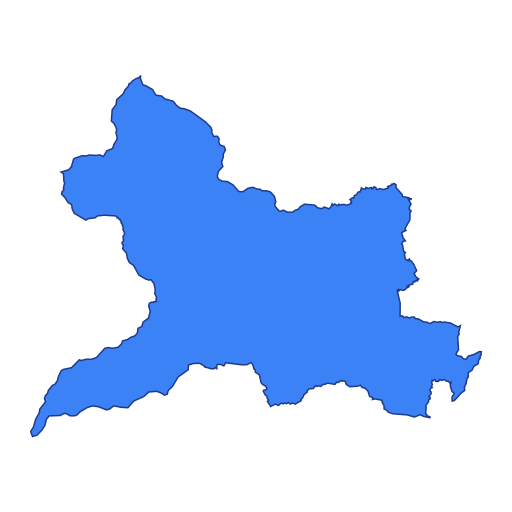 the district of Ibagué, Tolima, Colombia
{"feature_id": "7082276B61216577882817", "entity_name": "Ibagué", "entity_type": "district", "adm_level": 2, "iso_a3": "COL", "parent_name": "Colombia", "parent_adm1": "Tolima", "projection": "mercator", "projection_center": [-75.17, 4.479], "detail": "fine", "context": "isolated", "style": "filled", "palette": "blue", "viewbox_px": 512, "rotation_deg": 0, "n_neighbors": 0, "source": "geoboundaries", "source_scale": "gbopen_adm2", "svg_char_len": 6050}
<svg xmlns="http://www.w3.org/2000/svg" viewBox="0 0 512 512"><path d="M61.1,172.1L63.5,173.7L63.9,181.3L64.6,182.9L63.4,188.3L63.9,190.0L62.2,191.4L61.6,194.2L64.8,197.4L68.0,202.5L71.6,204.6L72.2,208.8L74.2,213.3L85.9,220.1L88.0,218.7L95.4,217.7L97.4,215.9L104.1,215.2L115.5,215.9L116.9,216.7L117.0,217.8L118.2,217.8L118.8,219.1L120.2,219.5L120.4,221.0L121.5,221.6L121.2,223.2L122.6,224.7L122.4,225.9L123.3,227.1L122.9,229.4L124.5,232.8L124.1,235.4L123.0,236.3L123.5,241.2L122.0,242.5L122.3,244.2L123.4,245.1L122.7,248.8L126.4,253.1L127.4,258.5L129.4,262.6L133.5,265.3L138.9,275.1L145.8,279.1L149.2,280.1L151.0,279.7L153.9,283.5L155.0,288.1L155.2,291.9L154.6,293.3L156.6,297.2L156.0,299.4L156.4,301.5L153.6,301.8L153.1,302.5L151.7,302.1L149.3,303.4L148.7,305.8L150.2,311.4L148.5,318.1L143.2,322.0L141.7,326.6L138.0,328.3L137.3,333.1L135.0,335.8L130.6,337.4L127.4,339.6L122.5,340.9L121.7,343.7L118.0,347.3L112.2,348.3L108.1,347.5L104.7,348.4L96.5,357.5L91.5,359.3L86.5,359.2L81.3,360.5L79.3,359.8L71.5,367.7L63.5,369.4L61.3,370.6L58.5,376.3L57.6,380.1L55.3,383.9L52.3,385.5L48.4,390.3L47.5,393.4L45.5,395.5L44.4,398.6L45.6,401.7L39.7,409.3L39.4,412.5L35.5,419.7L33.5,427.0L30.7,431.5L32.5,436.5L37.0,435.2L42.2,429.8L45.0,425.1L46.4,419.3L49.2,415.9L60.1,415.5L63.8,413.6L66.1,413.5L70.2,415.8L74.7,415.8L77.0,414.9L79.9,411.9L87.1,407.6L92.4,405.9L98.3,406.7L106.7,409.9L109.7,409.0L113.8,405.8L120.9,407.3L127.9,407.7L133.8,401.0L144.0,396.4L148.7,392.0L156.7,391.3L161.8,393.3L164.5,395.2L167.2,394.2L168.2,390.6L172.4,386.5L178.2,376.9L188.2,369.7L188.4,365.1L193.3,363.5L199.7,363.3L204.2,365.9L204.5,366.9L211.9,368.9L214.6,368.5L215.4,367.4L216.8,368.6L216.9,364.9L217.7,364.4L220.9,364.5L223.8,365.9L225.8,362.8L241.8,364.8L246.8,364.7L251.3,362.5L253.0,365.1L253.9,368.9L255.2,369.8L255.4,372.3L259.3,374.7L261.0,382.4L262.6,384.5L265.3,385.9L266.8,388.0L266.6,389.5L263.6,390.3L263.2,391.1L265.2,394.9L267.0,396.3L267.1,398.0L268.5,400.1L267.4,401.4L270.7,406.5L275.2,404.1L278.5,405.4L281.2,403.0L282.9,403.9L285.1,403.0L286.4,403.7L288.6,402.6L290.2,404.1L292.6,403.0L295.2,404.1L301.1,400.7L300.9,399.4L302.5,398.0L304.3,394.3L307.1,392.3L307.1,390.9L309.2,388.8L313.4,388.5L315.4,385.7L317.1,386.5L318.3,385.8L320.8,386.4L323.1,384.3L324.9,384.4L327.5,383.1L334.9,384.4L336.6,382.2L338.3,382.5L341.2,380.4L342.3,381.3L343.5,380.8L345.4,381.6L346.3,384.5L349.9,386.7L357.8,386.2L360.3,385.1L362.0,387.4L365.1,388.2L367.9,391.0L369.6,396.3L372.8,397.6L372.4,399.5L375.2,398.9L382.0,400.3L382.0,402.1L384.0,405.6L384.1,408.9L386.4,410.1L388.3,412.2L393.0,413.8L407.1,414.9L414.4,417.0L420.4,414.7L423.3,416.3L429.9,417.7L429.9,416.8L427.9,416.2L425.6,413.4L426.2,407.2L425.7,405.8L428.5,401.7L428.7,399.3L430.2,398.9L429.9,396.9L428.9,396.4L431.2,393.6L430.9,391.6L429.7,390.6L430.6,388.2L432.3,387.6L431.5,386.4L432.4,384.4L431.7,383.1L432.0,380.4L433.0,380.9L434.4,379.5L435.6,380.3L435.7,381.3L438.4,381.5L439.8,379.4L441.3,380.4L444.5,379.6L446.3,381.1L448.5,381.3L449.7,382.9L451.0,382.2L450.2,385.4L450.9,388.2L452.2,391.8L453.7,392.6L454.1,393.7L452.1,396.9L452.1,401.0L454.2,400.7L461.1,393.1L464.7,390.5L464.5,387.1L466.2,383.3L467.0,378.3L468.3,377.1L468.3,372.6L472.0,370.2L473.9,366.2L478.0,363.9L478.8,359.9L480.3,358.0L480.0,356.2L480.9,355.6L481.3,351.7L479.6,351.5L474.1,354.4L468.5,356.0L465.7,359.5L463.1,358.6L461.5,356.5L457.2,355.6L455.9,354.1L458.5,349.7L457.7,336.6L459.2,334.0L458.7,332.2L460.4,325.7L457.9,326.9L450.2,322.9L443.7,322.0L442.0,322.6L440.3,321.6L437.2,322.3L433.9,321.5L430.4,323.4L428.8,323.3L427.1,322.2L423.7,321.9L418.4,318.9L415.0,318.5L414.4,317.1L411.4,317.1L409.6,318.0L406.5,316.8L404.4,317.6L402.4,315.9L400.1,316.0L400.2,303.3L397.2,290.6L398.5,289.5L398.9,290.9L400.3,289.6L403.0,290.4L404.6,290.0L407.1,287.5L407.2,286.4L408.0,287.4L409.1,286.5L408.7,285.1L412.8,284.1L413.2,281.6L414.9,281.9L415.3,280.6L416.3,280.9L417.1,279.5L417.5,280.6L418.8,279.0L416.2,277.2L414.1,273.5L416.7,270.7L413.8,264.5L411.5,261.2L409.8,260.4L409.5,259.0L408.0,260.0L408.0,260.8L405.3,258.9L404.4,254.5L405.4,252.4L403.8,251.6L402.5,244.9L401.6,243.9L403.2,241.3L405.4,240.9L403.0,237.6L401.6,232.6L406.0,230.4L405.1,229.2L405.3,227.9L409.9,219.8L410.0,212.8L411.1,210.8L409.3,209.4L409.3,207.4L411.0,203.9L408.8,200.2L411.8,198.8L407.9,198.6L408.3,197.8L409.7,197.9L402.4,196.5L402.2,194.5L396.1,187.7L396.0,184.7L395.1,184.0L393.4,183.5L392.9,184.4L391.6,184.2L391.0,185.4L387.7,186.5L388.4,187.4L388.0,188.2L383.3,189.5L380.1,188.7L376.5,189.5L375.8,187.5L373.9,186.8L373.3,188.2L372.0,188.8L371.8,187.7L370.9,187.5L368.6,188.4L365.9,187.4L365.3,189.1L362.4,188.8L361.5,187.9L360.1,192.0L358.4,191.9L356.4,194.7L354.2,195.7L353.9,197.9L352.3,197.8L349.9,199.6L351.7,201.5L350.7,202.6L351.1,203.6L346.7,205.3L343.9,204.3L340.5,204.9L338.9,204.2L337.9,205.7L334.6,204.0L333.1,205.4L332.1,203.9L330.8,207.1L328.9,208.8L324.3,207.0L321.8,208.7L317.7,207.8L314.7,205.1L304.5,204.2L300.1,206.8L298.4,209.2L295.0,210.3L292.9,212.1L287.7,212.2L283.2,210.1L281.3,211.1L279.0,211.0L275.3,206.6L274.7,204.1L275.8,201.9L274.4,196.3L270.4,192.0L267.1,190.9L262.0,190.7L259.8,189.1L257.4,189.2L252.8,187.3L248.1,188.2L242.9,191.7L240.0,191.7L238.6,191.3L232.9,184.8L227.5,181.6L222.0,181.1L219.0,179.5L217.5,177.4L217.4,175.3L218.7,170.9L222.8,166.6L221.6,162.3L223.4,156.6L223.2,154.2L225.5,150.0L224.2,146.5L220.7,145.3L219.4,144.0L218.7,141.2L219.2,139.0L217.9,136.9L217.0,136.2L213.6,136.4L211.8,132.6L211.8,129.7L210.8,127.3L205.1,121.6L190.2,110.9L183.9,108.6L180.3,108.2L176.6,105.5L173.1,101.2L164.8,98.9L161.6,96.0L155.9,95.2L152.5,89.5L145.8,85.7L142.8,84.8L140.3,78.0L140.8,75.5L139.6,77.2L135.6,78.9L132.5,80.9L130.8,83.1L129.1,83.7L128.2,86.4L124.9,90.0L123.3,93.7L116.7,99.7L116.0,104.7L112.2,109.7L111.4,121.1L114.1,123.5L116.1,127.7L116.7,130.0L115.9,132.5L117.2,137.5L116.9,139.5L114.0,144.3L112.6,148.5L106.9,150.7L103.4,156.5L99.9,154.9L96.2,155.4L89.1,155.0L86.0,156.0L82.3,155.7L74.8,158.2L73.6,159.1L71.4,166.7L68.6,169.8L61.1,172.1Z" fill="#3b82f6" stroke="#1e3a8a" stroke-width="1.5"/></svg>